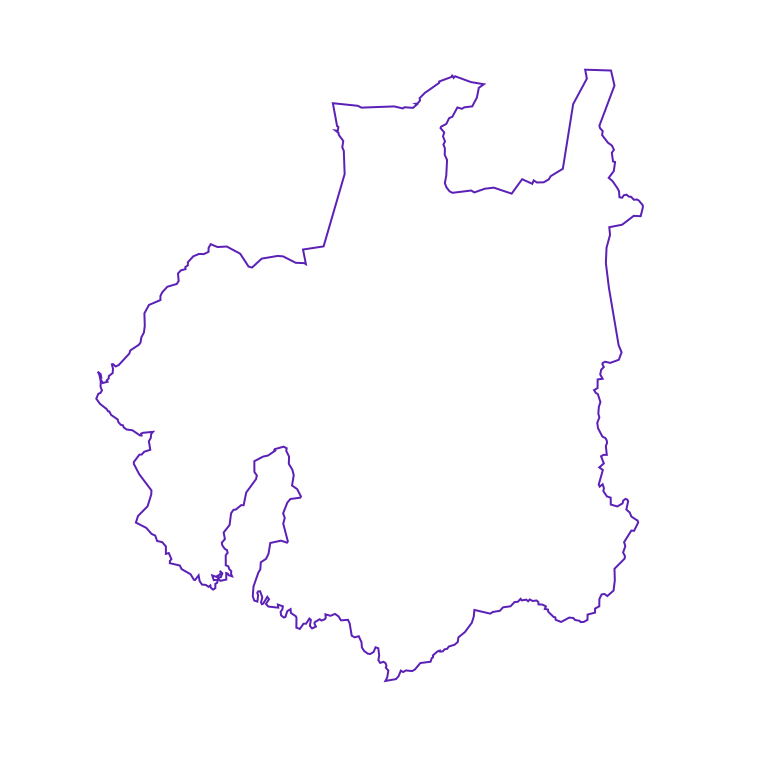 Mineral del Chico, Hidalgo, Mexico (Natural Earth projection), rotated 170°
{"feature_id": "50627088B7375180759148", "entity_name": "Mineral del Chico", "entity_type": "district", "adm_level": 2, "iso_a3": "MEX", "parent_name": "Mexico", "parent_adm1": "Hidalgo", "projection": "natural_earth1", "projection_center": [-98.75, 20.22], "detail": "fine", "context": "isolated", "style": "outline", "palette": "violet", "viewbox_px": 768, "rotation_deg": 170, "n_neighbors": 0, "source": "geoboundaries", "source_scale": "gbopen_adm2", "svg_char_len": 6155}
<svg xmlns="http://www.w3.org/2000/svg" viewBox="0 0 768 768"><g transform="rotate(170 384 384)"><path d="M176.9,275.5L176.3,284.4L174.5,287.4L174.5,289.8L175.3,292.2L178.1,294.4L180.9,303.3L180.7,308.8L177.7,313.7L178.1,317.5L176.4,324.1L174.0,328.6L175.2,337.0L177.0,338.5L178.2,341.5L174.4,342.9L172.8,351.4L167.8,351.2L169.4,355.9L167.6,360.4L164.6,362.5L165.5,365.6L165.0,366.7L162.4,367.5L157.5,365.5L148.5,367.1L144.5,374.0L146.2,381.4L145.8,439.6L144.5,464.6L141.2,479.5L135.5,491.6L134.9,499.3L121.9,499.5L108.9,506.2L102.1,504.7L98.5,512.7L98.1,515.1L101.2,520.4L102.7,521.7L106.0,522.1L108.1,525.4L110.2,526.0L112.3,528.3L114.9,528.3L117.2,526.1L119.7,527.0L119.1,533.1L120.2,536.5L123.8,544.3L126.9,548.0L120.7,553.8L117.9,562.5L119.8,563.4L119.5,572.1L116.9,574.8L118.1,579.2L121.6,582.8L126.0,591.3L124.7,595.1L126.9,598.6L127.0,601.0L105.2,637.9L106.0,653.3L131.3,658.6L131.2,649.5L149.1,626.8L170.5,564.9L183.8,559.7L186.2,556.9L191.7,554.9L198.4,555.9L201.2,558.5L203.2,555.4L212.4,561.7L225.2,549.3L241.8,558.3L250.7,558.8L261.8,557.0L264.5,559.4L283.4,560.4L286.0,562.4L288.3,566.7L289.2,571.3L286.5,578.4L283.0,593.6L284.4,599.3L283.1,605.5L283.9,609.6L281.8,612.2L282.9,617.6L281.0,621.3L283.9,626.2L283.1,627.5L277.5,629.3L273.7,634.5L270.3,635.3L263.7,643.6L259.5,641.5L256.9,642.5L248.9,642.1L242.8,649.9L239.2,659.2L233.6,661.9L245.9,666.2L260.5,674.7L262.3,673.4L263.4,676.7L263.5,674.8L277.2,672.3L277.3,671.0L293.4,663.5L299.3,659.3L299.3,656.9L302.3,654.4L304.2,654.5L303.0,653.6L307.5,650.9L315.8,653.0L317.6,652.1L325.8,655.6L358.3,660.1L361.4,662.5L385.6,669.4L385.4,646.1L384.3,645.1L385.5,641.4L387.8,642.1L385.1,639.1L385.3,637.2L381.9,630.4L384.0,624.3L383.1,620.7L386.3,597.6L419.6,530.0L440.4,530.5L440.1,515.6L441.6,516.9L449.9,518.7L461.2,527.2L466.4,528.6L482.7,528.7L493.7,521.6L497.0,523.2L503.0,537.3L515.0,546.7L524.2,547.8L530.4,551.8L533.1,548.5L533.9,544.6L538.9,543.2L543.6,544.2L549.6,542.9L556.0,538.0L556.6,534.9L559.4,533.6L559.5,531.6L564.3,531.2L567.7,528.6L568.3,521.2L570.7,518.5L580.5,517.4L586.6,512.7L588.9,509.5L589.6,505.5L601.7,502.7L607.7,495.2L609.5,482.7L611.5,476.4L614.9,472.0L616.6,467.1L618.4,465.3L628.0,461.1L629.5,458.2L642.0,448.7L645.2,447.9L647.5,450.7L648.6,450.6L648.2,446.4L649.3,441.9L653.6,439.6L654.2,437.2L656.4,435.7L655.9,434.2L660.8,433.8L662.3,437.9L662.3,439.3L661.3,439.2L661.3,442.8L663.7,445.8L662.7,442.4L662.5,435.7L663.6,430.6L662.9,426.6L664.8,424.4L667.0,424.0L669.9,419.5L667.1,413.7L661.4,407.4L660.5,405.0L659.3,404.7L658.1,400.9L652.4,395.3L652.2,392.5L650.3,389.5L648.2,388.6L647.9,386.5L645.4,383.9L639.8,382.1L633.2,375.7L631.7,375.4L631.8,377.3L630.0,377.8L619.8,377.0L621.9,375.3L623.1,371.3L625.5,368.5L625.6,359.8L632.0,358.9L634.8,356.6L637.2,356.9L644.0,350.5L644.2,348.6L640.7,337.6L631.5,319.6L632.4,315.6L638.1,304.6L649.2,296.7L652.4,290.6L643.1,283.6L638.9,276.7L635.6,274.4L634.7,268.8L629.9,266.8L627.0,261.9L628.3,254.6L625.3,254.9L623.8,248.4L625.6,246.9L626.0,244.7L616.6,240.7L615.5,236.9L607.5,230.2L605.2,224.2L604.1,223.8L599.8,227.7L599.8,222.0L598.1,218.1L594.4,217.1L592.0,214.7L590.0,215.8L589.9,213.4L588.0,211.2L585.5,212.3L584.8,216.5L582.9,217.1L581.6,219.9L585.7,220.4L586.4,225.3L582.9,223.4L578.8,224.8L577.2,227.1L578.2,228.6L576.1,225.7L578.2,222.1L581.6,222.3L579.3,218.6L573.3,218.8L572.2,225.2L570.8,224.5L570.2,222.7L567.0,221.0L567.6,223.7L566.9,226.2L568.5,228.4L569.0,231.5L571.3,233.0L569.6,242.8L567.3,244.9L567.5,247.7L569.5,249.4L571.3,253.3L571.3,255.9L567.6,258.9L567.7,265.6L560.6,271.9L557.0,283.3L554.1,286.2L551.7,286.1L545.7,289.5L543.3,289.0L538.5,301.1L526.5,312.6L525.1,316.0L526.9,319.9L525.1,330.5L515.7,333.5L510.7,333.7L502.8,337.2L503.5,338.1L502.9,338.8L493.7,339.7L491.0,337.6L491.9,335.3L490.1,329.0L491.6,321.9L489.1,315.3L488.7,309.9L492.2,300.0L487.8,295.6L485.3,287.7L486.2,286.6L496.1,287.0L499.8,284.0L505.8,274.1L505.0,269.3L507.5,264.0L506.0,245.7L507.1,244.6L512.6,247.6L523.6,247.2L527.2,236.9L530.5,232.3L536.3,229.8L538.0,222.9L540.5,220.1L547.7,207.2L550.1,197.8L549.4,193.3L546.5,191.7L544.7,197.5L545.0,200.5L543.9,201.6L542.0,201.4L540.9,195.1L543.0,190.3L542.6,188.4L541.2,188.6L535.9,194.6L534.6,192.0L538.5,187.9L536.5,184.9L527.0,182.1L526.8,185.2L522.2,182.6L523.2,179.8L525.4,177.5L525.5,174.0L523.3,171.5L521.6,171.6L518.7,177.1L515.1,178.5L515.5,174.7L511.1,170.5L510.8,169.0L512.6,159.3L509.4,157.4L504.9,161.9L502.3,161.5L498.2,166.0L497.0,164.4L499.0,158.7L498.2,157.2L497.3,155.8L493.2,156.9L494.1,160.0L493.6,161.4L488.2,163.5L486.6,161.9L483.1,162.6L482.0,163.8L481.7,167.3L476.9,165.0L472.2,166.1L469.2,163.1L467.4,158.7L460.4,158.0L459.4,154.2L459.5,141.7L456.8,139.6L452.7,140.0L451.0,133.7L451.5,128.4L449.9,124.4L446.7,121.2L444.4,120.5L440.8,121.9L438.0,126.2L435.5,124.7L435.9,117.3L437.5,113.1L436.2,110.0L432.7,110.5L430.9,108.7L430.5,106.1L431.5,104.3L429.5,101.0L431.8,94.4L434.2,91.3L423.5,91.3L420.4,93.7L417.2,98.8L415.2,97.0L412.1,98.1L406.2,96.4L403.1,97.5L396.7,102.9L386.4,102.4L384.5,105.8L383.2,106.3L383.0,108.2L377.9,111.3L375.2,111.8L375.2,110.7L372.5,110.5L370.4,112.2L367.9,112.2L365.7,114.2L359.7,115.0L356.2,117.1L354.7,121.6L347.3,125.7L339.0,133.6L336.1,139.1L334.2,145.8L319.2,139.4L316.4,140.6L309.4,140.5L305.5,143.4L298.0,143.1L293.3,146.6L290.0,146.3L286.8,148.7L286.0,147.0L281.3,146.9L279.8,145.0L277.9,146.5L275.3,144.5L271.3,144.3L269.9,142.4L270.1,140.1L266.4,139.3L263.2,136.9L264.7,134.6L261.7,133.4L261.8,131.2L257.5,125.2L255.8,124.4L255.9,122.0L250.9,118.9L242.2,121.8L238.2,120.7L236.9,118.5L232.5,116.8L231.7,115.4L228.6,115.0L224.6,116.4L223.5,121.6L215.9,122.2L215.1,126.2L210.6,127.7L209.2,134.9L206.2,139.0L203.3,138.9L200.9,136.4L193.8,140.7L190.8,150.5L189.1,162.0L177.3,170.3L176.6,172.7L177.8,176.5L174.5,182.4L175.0,186.6L165.9,196.7L163.2,196.0L157.7,203.5L158.0,205.4L163.4,210.5L164.3,214.7L167.1,218.3L163.9,226.3L164.6,228.0L166.2,228.9L168.7,227.6L169.8,225.0L175.5,222.9L181.6,225.9L180.5,232.7L184.0,234.6L186.6,240.5L185.5,243.2L186.1,247.3L189.4,245.5L190.0,247.7L183.4,261.3L186.5,264.5L181.3,267.6L182.8,275.1L180.1,276.1L176.9,275.5Z" fill="none" stroke="#5b21b6" stroke-width="2"/></g></svg>